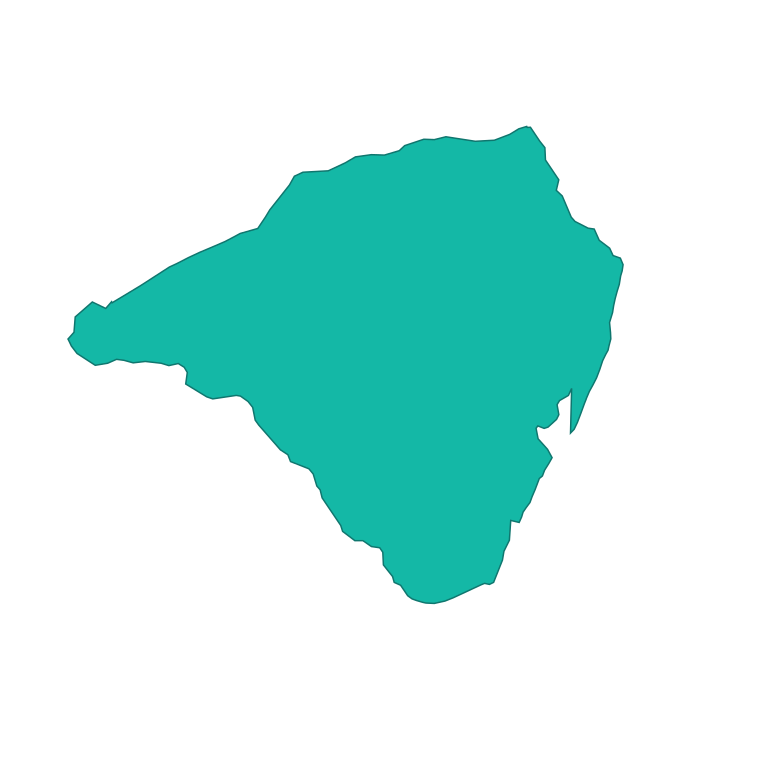 the district of Gbadolite, Équateur, Democratic Republic of the Congo, rotated 335°
{"feature_id": "63176286B98421000452360", "entity_name": "Gbadolite", "entity_type": "district", "adm_level": 2, "iso_a3": "COD", "parent_name": "Democratic Republic of the Congo", "parent_adm1": "Équateur", "projection": "albers", "projection_center": [20.879, 4.254], "detail": "fine", "context": "isolated", "style": "filled", "palette": "teal", "viewbox_px": 768, "rotation_deg": 335, "n_neighbors": 0, "source": "geoboundaries", "source_scale": "gbopen_adm2", "svg_char_len": 2199}
<svg xmlns="http://www.w3.org/2000/svg" viewBox="0 0 768 768"><g transform="rotate(335 384 384)"><path d="M625.2,213.2L622.2,212.0L622.2,210.9L614.7,209.8L614.0,209.7L603.4,210.9L587.0,209.7L569.3,202.6L544.6,186.1L532.9,183.8L523.5,179.0L503.5,176.7L496.4,179.0L481.1,176.7L474.4,173.3L469.4,170.8L454.1,166.1L442.3,167.2L423.5,167.2L400.0,157.8L390.6,157.8L382.4,163.7L354.1,177.9L347.1,182.6L335.3,189.7L317.3,186.8L310.8,187.2L300.1,187.7L283.4,187.2L272.9,186.8L260.3,186.8L247.3,187.3L247.1,187.3L238.9,187.3L204.8,192.0L171.9,195.5L171.9,194.3L163.7,197.9L154.3,186.4L141.6,190.1L132.5,192.7L124.9,206.1L116.6,209.7L116.7,212.8L116.7,217.4L118.7,226.6L130.2,245.0L142.3,248.4L152.0,248.6L158.3,252.6L165.6,258.8L177.2,262.7L190.8,271.0L196.8,276.4L206.2,278.5L210.0,284.4L210.6,290.4L204.3,300.2L217.9,320.7L222.5,325.1L245.3,331.9L248.8,334.3L253.4,342.4L255.1,349.7L252.0,362.3L253.1,368.2L262.3,399.9L267.0,407.5L266.5,414.8L280.1,429.1L281.8,435.6L280.0,448.1L281.4,452.9L279.8,461.1L285.0,493.9L284.2,500.1L291.4,513.7L298.7,517.1L303.9,526.0L310.9,530.6L311.8,536.0L307.0,547.7L310.4,562.1L309.4,568.1L314.0,573.4L316.0,585.9L318.6,590.6L322.0,594.0L326.9,598.3L329.4,600.2L336.8,604.1L347.6,606.5L356.4,607.0L362.3,607.0L376.5,607.0L387.1,607.0L390.9,607.2L394.9,610.2L399.5,610.1L416.9,593.7L422.0,586.3L431.6,578.6L441.2,561.2L448.0,566.6L452.5,562.7L455.9,558.9L460.8,556.0L466.2,553.1L470.6,548.7L476.4,543.5L484.8,535.3L488.7,534.3L493.1,530.0L499.9,525.6L505.2,521.8L504.6,512.3L500.5,498.8L503.1,488.4L505.7,487.0L510.4,491.9L514.4,492.4L525.4,489.0L529.5,485.7L532.1,475.9L536.1,473.2L546.3,472.3L552.2,467.3L532.3,507.3L537.2,505.4L543.0,500.6L550.4,493.4L557.2,486.6L560.7,483.3L561.1,482.8L567.0,477.5L572.9,473.2L579.2,468.3L585.6,462.1L592.0,455.3L597.3,451.0L601.3,448.1L604.2,444.3L608.6,439.0L611.0,433.2L614.4,423.6L621.3,415.9L625.2,410.1L629.6,404.3L634.5,398.5L639.3,393.2L644.2,386.0L647.6,382.2L651.1,376.9L651.4,369.8L645.9,364.4L645.9,356.3L639.8,344.7L640.0,332.4L634.8,329.0L625.8,317.4L624.2,311.9L625.0,288.9L622.0,281.3L628.7,272.8L625.0,249.2L629.7,237.8L627.7,229.4L627.7,229.2L625.2,213.2Z" fill="#14b8a6" stroke="#0f766e" stroke-width="1.5"/></g></svg>